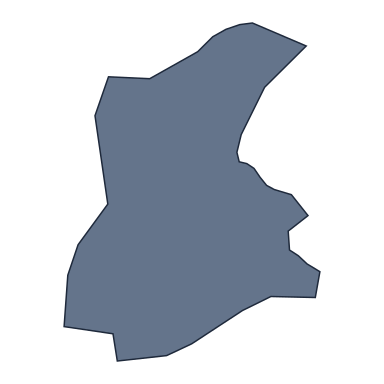 outline of Domžale
{"feature_id": "SVN-205", "entity_name": "Domžale", "entity_type": "Municipality", "adm_level": 1, "iso_a3": "SVN", "parent_name": "Slovenia", "parent_adm1": "", "projection": "orthographic", "projection_center": [14.641, 46.152], "detail": "fine", "context": "isolated", "style": "filled", "palette": "slate", "viewbox_px": 384, "rotation_deg": 0, "n_neighbors": 0, "source": "natural_earth", "source_scale": "10m", "svg_char_len": 563}
<svg xmlns="http://www.w3.org/2000/svg" viewBox="0 0 384 384"><path d="M107.8,204.1L95.0,115.7L108.5,76.8L149.7,78.7L197.7,51.7L212.8,36.7L226.0,29.3L239.8,24.6L252.4,23.0L306.2,46.0L264.6,87.3L241.2,134.6L236.9,152.3L239.2,161.8L246.8,163.6L254.0,168.4L260.0,177.2L266.6,185.4L274.2,189.5L291.4,194.7L308.0,215.6L288.2,231.1L289.5,250.0L298.4,255.8L307.0,263.9L319.9,271.7L315.3,297.5L270.9,296.5L242.5,310.5L191.7,343.8L166.6,355.6L117.3,361.0L113.0,333.8L64.1,326.6L67.8,275.2L78.1,244.7L107.8,204.1Z" fill="#64748b" stroke="#1e293b" stroke-width="1.5"/></svg>